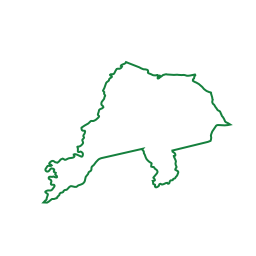 the Commissiary of Vaupés, rotated 76°
{"feature_id": "COL-1426", "entity_name": "Vaupés", "entity_type": "Commissiary", "adm_level": 1, "iso_a3": "COL", "parent_name": "Colombia", "parent_adm1": "", "projection": "equal_earth", "projection_center": [-70.34, 0.431], "detail": "fine", "context": "isolated", "style": "outline", "palette": "green", "viewbox_px": 256, "rotation_deg": 76, "n_neighbors": 0, "source": "natural_earth", "source_scale": "10m", "svg_char_len": 5872}
<svg xmlns="http://www.w3.org/2000/svg" viewBox="0 0 256 256"><g transform="rotate(76 128 128)"><path d="M161.1,51.5L160.5,51.5L160.8,53.9L160.6,90.4L161.7,90.5L163.5,88.9L164.6,88.5L165.2,88.5L165.8,88.6L166.2,88.9L166.2,90.3L166.7,90.4L171.0,89.6L172.0,89.6L173.9,90.5L174.4,90.6L175.9,90.6L177.3,90.3L177.7,90.4L178.1,90.6L178.3,90.9L178.4,91.1L178.6,91.4L179.5,92.1L179.9,92.2L182.0,90.1L182.8,89.9L183.5,90.1L185.7,91.6L186.3,92.2L187.1,93.5L187.9,94.2L188.2,94.6L188.3,95.2L188.3,95.9L188.5,96.5L189.4,97.3L189.2,99.4L189.9,100.4L190.9,100.9L191.5,101.3L191.8,101.8L191.8,102.6L191.4,102.9L191.0,103.0L190.7,103.2L190.6,104.5L191.1,107.1L191.1,108.5L190.8,109.2L190.3,109.6L190.0,110.1L190.1,111.0L190.5,111.4L191.4,112.0L191.8,112.4L192.3,113.8L192.4,114.9L192.1,115.6L191.3,116.0L190.9,115.9L190.1,115.5L189.6,115.5L189.3,115.8L188.8,116.7L188.5,117.0L187.8,117.0L186.1,116.7L185.3,116.8L185.5,115.1L185.1,114.5L184.3,114.5L183.3,114.9L182.4,115.4L182.1,115.2L179.0,110.9L178.2,110.2L177.3,109.9L176.1,110.1L175.3,110.6L173.8,111.9L173.0,112.0L172.1,112.5L171.7,113.8L171.0,114.8L169.6,114.4L168.3,113.7L167.7,113.8L166.0,115.5L164.4,116.6L162.7,117.5L160.9,117.9L157.9,118.2L157.0,118.5L156.2,118.7L155.1,118.4L154.1,118.5L153.2,119.1L152.3,119.4L151.7,118.6L150.9,156.7L150.8,161.3L151.1,163.4L151.6,164.6L153.3,167.3L155.6,170.1L156.6,172.1L157.0,172.6L157.9,173.1L159.6,173.6L160.4,174.3L160.7,174.8L161.1,176.2L161.4,176.8L161.9,177.2L162.9,177.8L163.3,178.3L164.7,180.2L165.3,180.9L168.9,182.7L169.7,183.3L170.4,184.2L171.0,185.2L171.3,186.4L171.5,187.8L171.6,189.5L171.7,190.1L171.9,190.7L172.2,191.2L172.4,191.7L172.6,192.4L172.3,193.8L170.9,196.6L170.6,197.7L171.0,199.1L172.7,201.7L173.1,202.5L172.9,204.1L173.0,204.7L173.4,205.5L173.7,205.9L174.1,206.1L174.4,206.4L174.6,207.1L174.7,207.8L174.6,208.3L174.6,208.9L174.9,209.7L175.2,210.2L176.2,210.7L176.6,211.1L177.6,213.0L177.9,213.3L178.3,213.4L178.5,213.5L178.8,214.2L178.7,214.3L179.0,216.6L178.9,217.3L178.6,218.5L178.6,219.2L180.3,222.8L180.8,224.6L179.8,228.0L178.3,225.7L178.1,224.9L177.8,224.5L177.4,224.2L177.2,224.1L176.6,224.0L173.4,221.9L172.8,221.8L170.5,223.6L170.0,223.7L169.6,223.3L169.3,222.2L169.2,221.0L169.4,220.0L169.7,219.1L169.9,218.0L169.7,217.0L169.1,216.1L167.3,213.9L166.7,213.4L166.0,213.2L165.3,213.5L165.0,214.2L164.6,215.8L164.1,216.3L163.2,216.3L161.2,215.2L160.1,215.3L159.4,215.8L158.7,216.6L158.0,217.1L157.1,217.0L156.4,216.3L156.4,215.4L157.0,213.6L157.1,213.2L157.0,212.3L157.1,212.0L157.4,211.6L157.9,211.0L158.1,210.7L158.5,209.9L158.7,209.2L158.4,208.7L157.4,208.7L156.7,209.1L156.0,209.6L155.4,209.8L154.0,208.9L153.6,209.3L153.2,210.0L152.6,210.5L152.4,210.5L152.2,210.5L152.0,210.4L151.8,210.4L150.9,209.7L150.4,209.7L149.6,210.2L148.6,212.2L149.2,213.5L150.4,214.8L150.9,216.3L150.5,217.4L149.7,218.1L148.8,218.3L147.9,218.0L145.7,215.6L145.4,215.1L145.4,214.3L146.0,212.7L146.1,211.9L145.8,211.1L145.2,211.4L144.1,212.8L143.3,213.0L142.5,212.1L141.9,210.9L141.6,209.7L141.8,208.7L142.3,208.0L143.6,206.9L144.6,204.9L143.7,202.9L142.3,201.0L141.9,198.8L142.4,198.1L143.1,197.5L143.6,196.9L143.7,196.0L143.3,194.1L143.1,193.2L143.1,192.1L143.4,189.8L143.4,188.6L143.2,187.6L142.5,186.8L141.7,186.8L141.1,187.2L140.6,187.1L140.5,185.8L141.4,184.1L144.2,180.6L144.6,179.9L144.5,179.2L143.4,178.4L142.5,178.1L141.6,178.0L140.8,178.4L139.9,179.0L139.4,179.8L139.5,181.4L139.2,182.1L138.4,182.3L136.0,181.6L134.1,181.7L133.9,181.2L134.1,180.3L134.1,179.3L133.8,178.2L133.2,177.0L132.5,176.0L131.8,175.3L131.1,175.1L128.9,175.3L128.2,175.0L127.3,173.5L126.7,173.0L126.2,173.0L125.2,173.3L124.7,173.2L124.2,172.9L122.9,171.5L122.1,171.0L121.1,170.5L120.3,170.6L119.9,171.7L119.6,172.6L119.1,173.1L118.4,173.3L116.8,173.2L116.4,173.0L116.2,172.5L115.1,169.4L114.0,165.4L112.3,162.5L112.3,161.8L112.5,161.1L112.8,160.0L112.7,159.0L112.5,158.1L112.2,157.1L110.9,154.6L110.3,153.7L109.8,153.3L109.2,153.3L108.3,153.9L107.8,154.0L106.9,153.6L105.2,152.5L104.3,152.1L103.4,151.5L103.0,150.6L102.6,148.1L101.9,146.9L101.0,146.9L99.2,148.0L98.4,148.1L97.7,147.9L97.0,147.6L96.3,147.1L93.9,144.1L92.4,143.4L91.4,142.5L90.9,142.3L89.5,142.8L89.0,142.9L88.6,142.8L87.8,142.5L87.4,142.4L86.7,142.8L86.2,143.1L85.7,143.2L83.4,141.2L79.0,138.3L78.4,137.5L77.5,135.4L77.0,134.9L76.0,134.4L75.5,133.6L75.1,132.5L74.6,131.4L74.0,131.2L72.6,132.5L72.0,132.5L71.7,131.8L71.9,130.7L72.1,129.7L72.1,128.8L71.2,127.7L69.4,126.2L68.0,124.7L68.0,123.3L68.4,122.4L68.4,121.5L68.2,120.6L67.7,119.7L66.9,119.0L66.6,119.3L66.4,119.8L66.1,120.0L65.4,119.3L65.1,118.2L64.8,115.9L64.3,114.5L63.6,114.0L71.9,102.3L73.3,100.8L74.7,98.9L75.0,98.1L75.3,97.0L76.0,95.6L76.6,94.9L77.4,94.7L78.1,94.8L78.7,95.2L79.2,95.2L79.7,95.0L81.7,92.2L82.5,91.4L83.0,90.5L83.5,89.0L83.6,88.4L83.6,87.8L83.6,87.2L83.7,86.6L84.1,86.3L84.7,86.5L84.8,86.1L84.7,85.4L84.8,84.6L85.0,84.3L85.3,84.2L85.5,84.5L85.6,85.0L85.7,85.7L85.8,86.4L86.2,86.9L86.7,87.2L87.2,87.0L87.3,86.5L87.1,85.7L86.7,85.1L86.4,84.2L85.9,83.0L85.7,82.5L85.0,80.9L85.1,80.2L85.0,78.8L85.1,78.2L85.2,77.6L85.5,77.2L87.6,70.6L87.9,69.0L88.2,67.4L88.7,66.1L89.6,63.2L90.0,61.1L90.4,60.1L91.6,58.1L91.9,56.7L92.1,55.1L92.3,50.1L93.0,49.9L94.2,51.2L95.8,51.9L96.6,53.2L97.1,53.4L97.9,53.6L98.7,52.9L99.6,51.9L100.4,50.8L102.5,48.6L106.2,46.0L108.5,44.9L109.9,43.8L111.1,42.8L112.9,40.4L113.5,39.1L113.9,38.9L114.2,38.9L114.6,39.1L118.7,38.9L120.4,39.1L120.9,38.9L121.4,39.2L121.9,39.4L122.4,39.7L122.9,39.9L123.5,40.0L124.2,39.9L124.9,39.8L126.3,38.8L129.3,37.9L130.2,37.4L131.9,36.9L132.5,36.5L132.9,36.1L133.6,35.3L134.3,34.7L136.1,34.4L136.8,34.4L137.3,34.1L138.1,34.1L139.0,34.0L140.5,33.2L142.5,32.6L145.1,32.2L145.9,31.7L146.5,31.1L147.5,29.8L149.4,28.0L149.3,30.5L148.8,33.6L146.9,39.9L146.8,40.9L147.1,41.9L151.8,47.1L154.1,48.7L155.4,49.4L157.6,49.6L159.5,50.4L160.9,51.4L161.1,51.5Z" fill="none" stroke="#15803d" stroke-width="2"/></g></svg>